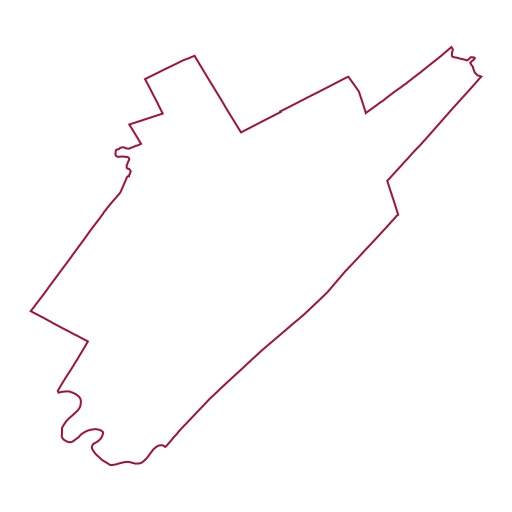 Ciorani, Prahova, Romania
{"feature_id": "2599482B52551165147319", "entity_name": "Ciorani", "entity_type": "district", "adm_level": 2, "iso_a3": "ROU", "parent_name": "Romania", "parent_adm1": "Prahova", "projection": "natural_earth1", "projection_center": [26.426, 44.821], "detail": "fine", "context": "isolated", "style": "outline", "palette": "rose", "viewbox_px": 512, "rotation_deg": 0, "n_neighbors": 0, "source": "geoboundaries", "source_scale": "gbopen_adm2", "svg_char_len": 5789}
<svg xmlns="http://www.w3.org/2000/svg" viewBox="0 0 512 512"><path d="M165.4,446.9L166.1,446.3L172.6,438.8L172.8,438.3L174.6,436.3L177.1,433.7L178.3,432.0L182.5,427.4L195.7,413.6L210.5,398.0L211.6,397.0L216.7,392.3L220.5,388.6L226.5,383.0L231.8,378.1L237.4,373.0L238.7,371.8L245.2,365.8L249.6,361.6L250.4,361.0L251.0,360.3L253.9,357.7L261.7,350.5L279.9,335.0L294.6,322.4L297.8,319.8L303.7,314.8L320.0,299.4L327.6,292.0L344.3,272.4L345.6,270.9L347.3,269.3L349.0,267.3L351.6,264.7L357.7,258.2L361.1,254.5L362.6,253.0L362.5,252.9L367.9,247.2L374.1,240.6L384.7,229.1L385.7,228.1L395.7,217.0L396.5,215.9L398.2,214.8L394.3,202.5L391.0,192.4L387.2,180.8L389.1,178.9L391.6,176.1L396.3,171.0L401.4,165.4L403.9,162.6L405.4,161.0L407.7,158.6L411.6,154.1L412.9,152.7L416.8,148.6L418.2,147.2L419.8,145.6L422.3,142.8L424.0,140.8L424.9,140.0L425.6,139.1L426.8,137.8L451.7,109.5L471.7,87.4L478.2,80.0L479.0,79.0L479.8,78.2L480.2,77.7L481.3,76.6L480.0,76.0L479.4,75.8L477.8,75.5L477.6,75.4L477.2,75.1L477.1,74.9L477.0,74.7L476.8,74.4L475.7,73.6L475.2,73.1L474.9,72.7L474.6,72.3L474.5,72.0L474.5,71.8L474.4,71.6L474.1,70.8L474.0,70.4L473.6,69.6L473.4,69.1L473.1,67.7L472.7,66.5L472.2,65.8L472.0,65.6L471.5,65.2L471.4,65.1L471.3,64.8L471.0,64.2L470.7,63.5L470.2,62.7L471.1,61.8L472.6,60.6L473.6,59.8L474.6,58.5L474.8,58.3L474.5,57.7L474.4,57.6L474.1,57.4L473.8,57.4L472.8,57.4L471.5,57.2L471.1,57.2L470.9,57.2L470.8,57.3L470.3,57.7L468.2,59.7L467.5,60.1L467.0,60.4L466.8,60.4L466.5,60.4L465.2,59.8L464.5,59.6L464.0,59.5L463.3,59.3L462.8,59.2L461.8,59.0L461.1,58.9L459.8,58.5L458.6,58.1L458.2,58.0L457.4,57.9L456.9,57.8L456.2,57.5L455.3,57.5L454.8,57.4L454.4,57.2L453.8,57.1L453.6,57.1L453.1,56.9L452.7,56.8L452.4,56.6L452.2,56.5L452.1,56.3L452.0,55.9L451.9,55.0L452.0,53.6L452.0,52.8L452.1,52.4L452.2,51.9L452.5,50.9L452.6,50.7L452.8,50.2L452.9,49.8L452.7,49.4L452.5,48.8L452.1,48.2L451.9,47.8L451.6,47.6L451.4,47.1L444.9,52.6L442.9,54.4L437.5,58.8L432.5,62.7L423.4,70.0L422.7,70.6L422.2,71.0L421.4,71.6L420.6,72.3L417.3,74.7L415.7,76.0L412.0,78.8L409.9,80.5L408.9,81.3L407.5,82.3L406.8,83.0L405.5,84.0L405.1,84.3L404.4,84.6L404.0,84.9L403.4,85.4L401.4,86.9L400.3,87.7L394.3,91.9L386.2,98.1L382.4,101.2L381.0,101.9L377.0,104.9L376.0,105.7L375.9,105.7L366.9,112.2L365.8,113.1L365.4,111.5L365.0,110.2L363.6,105.9L361.6,99.6L361.0,98.1L359.0,91.8L356.3,87.8L350.3,79.4L348.8,77.4L348.7,77.2L348.5,76.8L347.4,77.1L343.4,79.1L334.7,83.6L330.7,85.7L324.2,89.0L312.9,94.8L311.8,95.2L310.7,95.9L308.8,96.8L295.1,103.9L293.8,104.5L291.4,105.8L281.3,110.9L280.4,111.3L280.8,111.9L269.4,117.8L266.3,119.3L256.7,124.3L243.9,130.9L241.0,132.4L228.8,112.6L226.1,108.2L221.8,100.8L218.4,95.2L206.3,75.4L202.4,68.9L200.4,65.6L198.1,61.7L197.2,60.2L195.5,57.4L194.6,55.8L190.9,57.3L188.6,58.3L185.8,59.3L185.3,59.5L184.0,60.0L183.4,60.2L179.9,61.9L178.0,62.9L163.5,69.9L156.1,73.6L145.0,79.1L147.0,82.8L149.1,86.7L153.8,96.0L156.7,101.4L158.1,104.3L162.7,113.6L154.1,116.4L129.3,124.5L140.6,143.0L141.1,143.8L137.3,145.6L137.0,145.7L136.3,145.7L135.3,145.9L135.0,146.0L134.6,146.5L134.4,146.6L131.7,147.5L130.3,148.1L129.2,148.6L128.6,148.7L128.3,148.7L127.8,148.6L125.9,148.3L124.1,147.4L123.8,147.3L123.4,147.3L121.9,147.4L121.1,147.6L120.6,147.7L120.1,148.0L119.6,148.3L119.2,148.8L118.8,149.1L118.3,149.4L118.0,149.4L117.7,149.4L117.4,149.3L115.9,150.2L115.6,152.3L115.5,154.6L115.6,155.3L115.8,155.6L116.3,156.0L116.7,156.4L118.0,156.8L120.1,156.7L122.2,156.5L123.8,156.6L125.2,156.9L127.1,157.0L128.3,157.4L128.9,158.0L129.2,158.8L129.2,159.6L128.6,160.8L127.6,163.1L126.8,165.1L126.6,166.7L126.8,168.0L127.5,168.6L129.0,168.8L129.5,169.4L130.6,170.9L130.7,171.4L130.6,171.8L130.2,172.8L130.1,173.5L130.0,173.8L129.4,174.5L129.2,174.8L129.1,175.4L129.0,176.3L128.5,176.2L127.8,176.3L127.5,176.5L127.2,176.8L126.8,177.5L126.5,178.1L126.4,178.6L120.4,192.4L118.7,194.5L113.9,200.0L110.1,204.4L108.2,206.8L106.6,208.8L105.9,209.8L104.5,211.5L103.9,212.2L103.0,213.8L98.4,220.0L91.8,228.6L89.8,231.3L84.0,239.5L76.8,249.2L73.8,253.3L72.2,255.4L72.2,255.6L70.5,257.9L66.4,263.5L61.7,269.7L56.1,277.3L51.6,283.3L48.5,287.5L47.8,288.6L44.6,293.0L39.8,299.3L36.0,304.2L34.3,306.6L32.8,308.5L31.2,310.5L30.7,311.1L34.0,312.9L43.6,317.9L51.2,322.0L52.4,322.8L53.5,323.4L59.0,326.3L62.4,328.1L68.6,331.3L75.3,334.9L76.6,335.4L83.2,339.0L87.9,341.4L85.0,346.5L81.2,352.8L78.9,356.6L77.1,359.7L76.2,361.0L73.4,365.6L71.5,368.7L70.1,370.9L66.8,375.9L65.3,378.3L64.3,379.9L60.8,385.7L58.0,390.5L57.8,390.8L57.8,391.0L58.0,391.6L58.7,392.7L60.5,392.1L62.9,391.7L66.4,391.4L69.4,391.5L72.2,392.5L75.0,393.7L77.4,395.3L79.3,397.0L80.5,399.1L80.9,401.5L80.7,403.9L80.2,406.5L79.1,408.6L77.5,410.7L75.4,412.7L73.9,414.1L69.0,418.3L66.1,421.4L63.3,425.6L62.0,428.0L62.0,432.0L62.0,433.4L61.9,434.4L61.7,435.3L61.8,436.3L62.0,437.3L62.4,438.0L63.1,439.0L63.8,439.7L66.5,441.3L67.4,441.7L68.4,442.0L69.7,442.2L70.2,442.2L71.2,442.1L71.9,441.9L72.6,441.5L73.5,441.0L75.1,439.8L75.8,439.2L77.0,438.3L78.1,437.6L78.5,437.3L79.1,436.7L79.9,435.7L80.5,435.0L81.8,433.9L83.8,432.6L84.8,432.0L88.0,430.5L91.5,429.6L95.7,429.1L99.8,429.9L101.8,431.0L102.9,432.0L103.1,432.8L103.0,433.7L102.2,436.0L101.8,436.9L101.1,438.1L100.3,439.0L99.5,439.9L98.6,440.7L97.6,441.5L96.6,442.1L95.1,443.0L93.8,443.6L93.0,444.4L92.1,445.9L91.8,447.0L91.9,447.7L92.1,448.7L93.0,450.4L93.7,451.3L94.4,452.4L95.1,453.4L96.3,454.7L100.3,458.3L101.6,459.6L103.3,460.8L106.5,462.6L109.7,464.7L110.5,465.0L112.0,465.0L115.6,464.5L117.8,463.8L122.3,462.6L125.0,462.1L126.6,461.9L127.9,461.9L129.3,462.0L132.1,462.8L134.2,463.3L135.3,463.6L137.1,463.6L139.6,463.4L141.6,462.7L143.6,461.2L146.0,458.9L146.9,458.0L151.1,452.4L153.3,449.4L155.7,447.3L157.7,446.0L159.4,445.4L161.6,445.2L163.4,445.6L165.1,446.9L165.4,446.9Z" fill="none" stroke="#9f1239" stroke-width="2"/></svg>